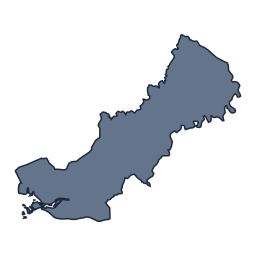 Kambia, Northern, Sierra Leone
{"feature_id": "65957751B7874629800584", "entity_name": "Kambia", "entity_type": "district", "adm_level": 2, "iso_a3": "SLE", "parent_name": "Sierra Leone", "parent_adm1": "Northern", "projection": "mercator", "projection_center": [-13.013, 9.222], "detail": "fine", "context": "isolated", "style": "filled", "palette": "slate", "viewbox_px": 256, "rotation_deg": 0, "n_neighbors": 0, "source": "geoboundaries", "source_scale": "gbopen_adm2", "svg_char_len": 5816}
<svg xmlns="http://www.w3.org/2000/svg" viewBox="0 0 256 256"><path d="M223.8,120.7L222.9,116.3L223.1,115.4L225.2,112.7L224.6,109.3L224.8,107.3L225.7,105.9L226.7,105.7L227.1,108.4L228.7,109.3L230.1,111.8L231.8,112.9L233.2,112.9L234.8,112.3L235.5,110.7L234.6,108.9L231.7,107.1L230.2,105.7L229.5,104.1L229.4,101.6L231.7,99.8L232.7,96.8L233.8,95.0L235.4,93.8L236.8,94.8L237.1,96.4L237.6,97.0L239.2,97.0L240.6,96.1L239.8,93.6L238.2,91.1L238.3,89.1L239.8,85.4L238.5,83.4L236.9,82.1L234.5,81.6L232.4,82.0L231.3,80.5L232.9,77.3L232.5,75.4L228.7,70.7L228.1,64.5L227.0,62.7L224.2,61.6L216.4,57.5L208.0,50.0L204.8,47.8L199.5,45.3L197.7,42.1L196.9,41.2L195.8,41.1L194.2,41.4L192.1,40.7L191.2,40.0L189.6,39.8L189.6,38.4L187.8,36.4L185.3,36.6L181.8,34.7L180.7,35.4L180.5,38.0L179.5,38.9L178.2,43.7L176.9,44.6L176.8,45.5L178.1,48.7L177.4,49.4L175.3,48.7L173.3,49.8L171.6,51.9L171.9,53.0L173.3,54.3L174.2,56.0L173.9,58.1L170.5,62.9L168.9,65.8L168.0,66.5L168.6,68.0L168.2,68.7L167.3,69.2L167.9,69.8L167.3,69.2L166.4,70.1L166.2,73.2L165.3,74.6L166.9,75.9L164.7,77.6L165.9,80.1L164.8,80.6L164.7,83.0L164.5,83.3L163.8,82.7L162.5,80.8L161.0,81.1L159.4,82.3L158.7,83.4L158.6,85.4L159.3,86.5L159.2,87.7L158.3,87.6L157.2,86.4L156.3,86.1L155.5,85.9L154.9,86.3L153.4,86.4L151.4,85.1L149.2,85.0L148.7,86.3L147.6,87.7L147.5,91.4L148.4,93.5L148.0,93.8L148.1,94.9L148.7,95.5L149.5,95.6L149.8,96.2L149.5,98.5L148.7,99.3L146.3,100.0L143.5,99.0L143.1,99.3L143.1,99.9L143.6,100.3L143.8,101.6L142.2,104.5L140.1,106.1L141.0,108.5L139.9,109.6L136.8,110.2L134.8,113.0L131.5,110.8L128.9,112.3L128.4,112.0L127.5,112.0L126.7,112.3L125.7,114.6L125.2,113.5L123.7,111.9L122.5,111.2L121.4,112.3L119.9,112.1L118.1,111.3L116.3,113.0L116.0,113.8L116.7,114.5L117.1,115.7L115.8,116.4L114.1,116.3L113.2,116.9L111.2,119.3L110.8,117.9L109.9,118.0L109.5,117.2L108.8,116.8L109.5,116.7L109.7,115.9L108.9,114.8L108.0,113.7L107.2,113.8L105.7,112.6L103.0,112.0L100.1,114.3L101.3,117.6L101.2,119.6L99.5,122.2L98.7,124.0L99.4,124.3L98.7,124.0L98.2,125.2L99.9,128.5L99.7,137.3L99.3,137.8L100.1,138.2L99.3,137.8L96.2,139.9L95.0,141.4L91.5,147.6L91.7,149.4L89.4,152.1L79.1,159.1L76.8,161.2L71.8,161.8L69.1,163.2L67.3,166.8L66.8,168.6L65.5,169.6L63.2,169.8L58.4,169.3L55.1,169.3L53.7,166.9L49.3,163.2L46.6,158.2L42.6,158.7L41.5,158.2L27.4,164.4L19.1,167.3L15.7,170.4L15.4,171.1L21.3,183.0L20.4,182.7L19.5,184.4L19.1,184.4L18.6,186.2L18.9,187.3L18.4,188.0L18.5,192.5L18.8,193.1L19.8,193.6L20.6,193.3L23.8,194.3L25.3,194.2L26.6,193.6L27.0,193.0L27.5,188.2L28.1,188.0L28.7,189.6L28.5,192.9L30.6,193.9L30.6,194.5L29.6,195.8L32.1,195.3L32.3,194.9L32.3,193.0L33.2,191.5L33.6,191.7L34.1,194.5L40.3,200.1L42.2,203.0L45.5,204.0L50.7,204.3L51.5,204.0L52.7,202.8L54.1,202.1L55.5,200.6L55.4,200.3L56.6,199.3L59.3,198.2L60.6,198.1L61.2,198.6L64.0,198.5L68.9,199.4L68.7,200.2L67.1,200.2L63.1,199.3L61.3,200.8L59.6,203.0L58.6,203.5L55.9,206.7L53.8,208.0L51.5,208.1L46.4,207.0L46.2,207.1L46.3,208.2L43.0,207.7L41.6,208.2L41.4,208.6L41.8,209.2L44.9,210.1L48.8,212.4L54.3,217.4L56.8,218.3L61.2,219.0L69.1,218.7L71.4,219.4L75.8,219.4L78.1,218.7L84.4,217.6L85.8,216.9L89.7,217.4L98.0,221.3L100.3,221.2L105.4,219.7L107.9,219.6L110.0,218.7L109.7,207.8L107.6,205.5L105.7,202.6L107.1,201.5L108.1,199.9L110.3,199.4L112.0,197.4L114.0,196.6L114.1,195.3L117.5,194.8L118.5,193.7L121.0,193.7L122.1,193.3L122.1,191.7L121.2,189.8L121.5,188.5L122.2,187.8L122.2,185.7L123.5,183.2L125.1,177.8L126.6,178.5L127.7,178.4L131.0,175.1L134.2,174.1L137.7,178.0L141.6,180.9L141.6,181.9L142.5,181.9L143.9,183.2L145.0,183.5L146.4,183.4L147.8,185.1L150.2,186.2L149.7,183.7L148.7,182.6L147.1,181.9L146.9,180.1L150.6,177.1L152.4,176.4L152.9,175.5L153.8,173.7L152.0,170.9L153.8,166.9L156.8,164.1L158.3,161.6L158.8,159.6L161.1,157.8L162.0,155.9L168.8,155.7L169.5,154.5L169.2,152.1L168.1,149.8L169.9,149.8L171.3,146.8L172.4,141.6L170.4,137.3L170.1,135.4L170.8,133.7L173.8,131.2L175.0,131.1L176.4,132.5L177.3,132.1L178.0,131.2L179.4,130.5L181.0,128.7L181.3,125.7L182.2,125.4L183.8,125.4L184.7,126.8L184.7,128.2L185.4,129.6L190.7,127.9L192.4,127.9L194.2,127.0L195.3,126.1L193.3,122.0L193.7,121.4L195.8,121.1L197.6,121.6L198.4,122.9L197.4,124.8L196.0,126.3L197.7,127.3L199.1,127.5L200.9,126.8L201.4,123.4L202.1,121.8L204.4,119.5L203.5,116.1L204.4,115.9L205.5,116.4L208.5,122.3L210.2,121.6L211.0,120.5L211.1,115.7L211.8,115.9L213.1,117.3L214.8,117.5L217.1,116.8L219.4,117.7L222.8,120.9L223.8,120.7ZM38.6,202.7L37.4,201.9L37.4,202.2L36.0,202.3L34.2,203.1L33.8,202.4L33.3,203.7L33.3,202.8L32.9,202.7L32.2,204.6L31.8,204.8L31.9,206.3L33.9,208.6L35.0,209.2L33.9,209.4L33.4,209.1L33.5,210.0L33.0,210.1L33.4,210.3L36.1,209.4L36.5,208.8L41.8,206.9L41.9,205.9L39.8,204.7L38.6,202.7ZM54.3,206.6L55.6,206.3L57.0,204.1L60.1,201.6L61.1,199.7L58.6,199.9L56.6,200.8L55.4,203.8L53.7,206.1L54.3,206.6ZM27.7,207.7L26.9,207.7L26.9,208.1L27.6,208.1L26.6,208.4L27.1,208.9L26.8,209.4L27.3,209.8L27.1,210.2L27.7,212.7L29.0,212.3L28.2,213.2L29.4,213.7L32.2,212.1L32.9,210.8L32.0,209.8L31.7,210.0L32.2,211.2L31.0,211.0L30.4,211.2L29.6,210.7L28.6,208.4L27.7,207.7ZM24.7,214.1L23.6,211.7L22.5,212.3L22.5,212.7L23.1,212.8L23.4,214.0L22.5,214.3L23.0,214.8L24.7,214.1ZM42.4,204.4L40.6,202.9L39.9,202.8L40.7,204.5L41.3,204.7L42.4,204.4ZM26.2,217.7L26.2,217.1L24.5,216.7L24.0,216.9L24.6,217.3L23.9,218.2L25.9,217.8L25.5,218.4L26.2,217.7ZM30.6,207.2L30.6,206.5L30.0,206.4L29.8,206.9L30.5,207.7L32.3,208.8L31.4,207.3L30.6,207.2ZM42.1,206.7L44.4,205.9L44.7,205.3L42.9,205.8L42.1,206.7ZM24.8,205.5L23.8,204.6L22.8,204.9L23.2,205.7L24.8,205.5ZM51.7,205.1L51.7,204.6L49.8,205.3L51.0,205.6L51.7,205.1ZM25.4,208.0L25.6,207.1L25.1,207.0L24.7,207.7L25.4,208.0ZM34.8,200.1L33.8,199.9L33.1,200.0L34.6,200.3L34.8,200.1ZM33.2,208.7L33.3,208.4L32.7,207.8L32.5,208.0L33.2,208.7ZM31.9,209.3L32.6,209.2L31.7,209.2L31.9,209.3Z" fill="#64748b" stroke="#1e293b" stroke-width="1.5"/></svg>